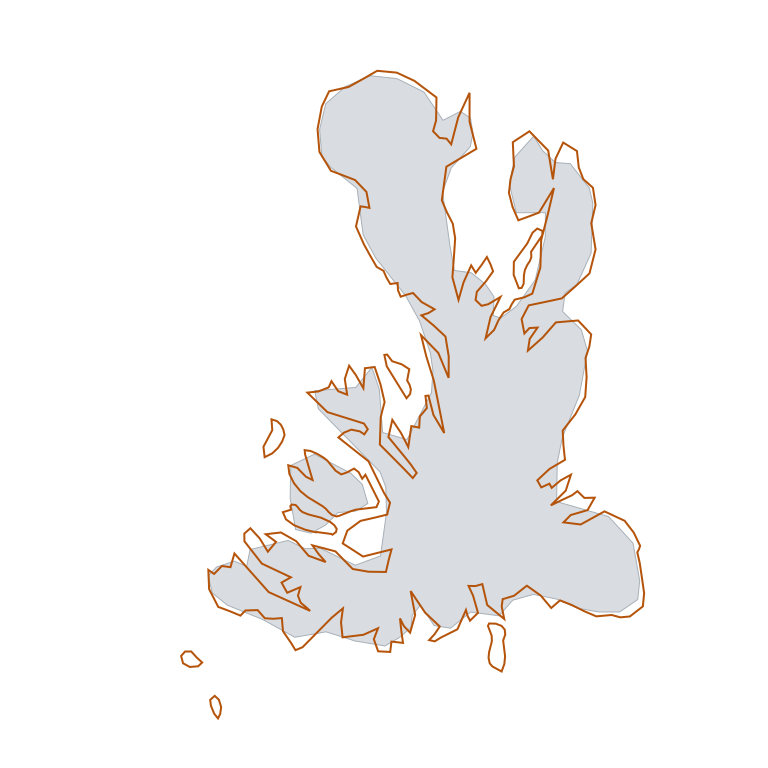 French Southern and Antarctic Lands, with Archipel des Kerguelen highlighted, rotated 263°
{"feature_id": "ATF-5916", "entity_name": "Archipel des Kerguelen", "entity_type": "state/province", "adm_level": 1, "iso_a3": "ATF", "parent_name": "French Southern and Antarctic Lands", "parent_adm1": "", "projection": "equal_earth", "projection_center": [69.4, -49.144], "detail": "fine", "context": "in_parent", "style": "outline", "palette": "amber", "viewbox_px": 768, "rotation_deg": 263, "n_neighbors": 0, "source": "natural_earth", "source_scale": "10m", "svg_char_len": 6822}
<svg xmlns="http://www.w3.org/2000/svg" viewBox="0 0 768 768"><g transform="rotate(263 384 384)"><path d="M256.0,370.8L281.6,373.2L297.2,369.4L367.4,315.8L385.8,314.4L384.0,355.5L402.0,374.0L379.2,378.7L336.0,376.7L326.0,400.1L369.7,430.1L391.4,434.2L409.1,433.8L442.2,427.0L468.8,416.3L510.0,391.2L534.7,381.5L581.4,381.1L605.9,357.3L617.2,350.1L644.5,351.1L669.3,360.4L683.9,381.9L691.6,408.1L685.5,434.1L668.8,459.3L638.5,474.7L645.3,493.0L637.2,502.3L622.0,502.8L609.1,498.6L590.3,477.1L567.5,465.5L512.7,466.3L488.1,467.7L483.7,484.2L470.7,496.9L457.1,503.8L438.6,500.8L435.2,507.8L445.0,525.0L468.9,546.8L510.2,562.0L534.4,565.1L537.9,536.2L567.2,532.8L593.1,541.4L611.8,562.8L596.4,569.7L582.9,581.1L580.0,595.7L553.6,611.6L538.1,613.3L488.7,605.5L459.3,587.6L452.3,574.9L434.2,570.1L413.7,586.5L391.8,590.0L349.0,576.5L309.5,554.6L284.7,546.3L246.2,541.0L225.0,590.8L195.6,611.8L157.6,613.8L139.2,609.6L129.0,590.1L131.6,569.3L137.7,549.3L149.6,528.9L157.0,506.5L153.7,485.4L139.9,469.9L147.1,442.1L133.5,420.3L138.1,404.3L160.2,393.3L150.8,383.7L139.0,381.1L130.5,368.4L123.9,353.0L132.4,324.1L145.1,296.2L143.5,264.6L165.1,234.8L183.6,201.5L197.6,188.1L215.1,186.2L222.7,195.5L226.5,213.7L219.7,225.5L236.0,230.9L240.4,269.7L230.2,285.5L228.7,300.8L207.6,333.4L213.8,359.6L256.0,370.8ZM287.0,350.2L267.4,353.4L261.3,340.2L262.0,322.7L251.1,308.8L244.9,293.3L250.3,278.6L281.9,276.9L314.5,281.6L322.8,306.4L299.4,340.2L287.0,350.2Z" fill="#d9dde1" stroke="#a8b0b8" stroke-width="1"/><path d="M689.5,400.7L695.7,415.4L691.5,434.6L681.2,451.1L662.0,471.0L639.2,467.8L628.9,463.5L621.5,469.1L619.9,476.0L613.7,479.9L639.7,490.2L662.6,504.4L633.9,500.9L606.2,504.4L592.1,472.4L559.3,463.8L547.0,467.3L534.7,471.8L520.0,472.4L505.3,469.6L481.6,464.9L458.4,468.2L475.1,475.3L491.1,485.0L487.1,486.8L483.2,488.6L490.2,495.3L497.5,501.6L489.8,504.3L482.5,506.0L473.2,497.4L464.2,487.4L456.2,485.1L449.7,490.4L450.5,497.2L456.2,510.2L437.4,497.9L417.0,490.4L424.2,499.8L433.6,505.6L440.5,511.5L443.0,517.5L447.6,520.5L451.8,524.0L452.9,533.6L455.6,542.2L480.6,553.4L507.5,557.5L532.5,567.3L557.8,576.6L535.2,558.7L530.1,537.3L544.0,533.2L558.5,531.3L571.7,534.5L584.3,539.5L608.3,541.3L617.1,559.1L595.7,575.4L566.6,576.6L586.7,581.7L601.8,591.3L591.7,603.9L575.2,603.7L563.0,606.8L553.3,615.3L535.8,615.8L518.3,609.3L491.8,610.4L468.7,601.4L457.6,585.9L447.3,570.9L445.8,553.9L444.4,537.2L431.7,528.5L417.0,529.5L421.8,535.2L421.3,543.3L411.0,534.1L399.6,530.9L410.7,547.0L424.2,562.1L423.4,584.4L408.0,595.7L396.2,592.4L385.3,587.2L365.9,585.9L346.5,582.1L330.4,570.1L316.0,555.7L300.9,554.6L286.7,554.4L279.5,537.9L269.7,524.4L262.2,527.5L264.9,536.0L262.7,536.9L260.5,537.8L266.8,547.5L271.2,558.5L256.0,551.4L243.2,534.8L247.0,545.9L250.7,557.2L254.1,562.9L246.5,569.0L245.5,579.2L234.0,570.7L231.2,553.4L224.8,545.3L220.6,562.1L230.7,587.3L218.9,606.2L206.0,613.8L192.2,618.5L188.7,616.8L186.1,614.9L181.1,615.4L175.2,616.0L159.8,616.4L144.6,616.7L131.7,613.8L123.3,599.7L123.6,590.1L127.0,581.8L127.5,566.4L134.0,555.2L141.9,543.2L147.8,532.3L141.3,522.7L154.9,513.8L166.4,501.2L158.0,487.3L156.0,475.6L148.9,473.7L136.1,474.7L152.1,459.5L173.4,457.2L172.3,450.2L173.3,443.3L163.1,446.6L145.4,449.4L138.6,440.5L144.1,438.6L149.7,437.8L131.6,427.0L125.5,409.8L122.4,403.0L124.3,397.6L129.3,403.5L136.5,409.8L152.1,396.9L175.3,385.2L151.0,386.8L134.0,379.6L141.3,374.2L149.4,371.3L137.0,371.1L124.7,371.3L126.1,365.6L127.4,360.0L117.3,357.5L119.4,345.6L131.9,342.8L142.3,348.3L137.6,333.0L137.6,312.0L152.7,312.3L166.3,315.9L158.5,303.7L149.4,292.2L140.6,281.1L132.7,271.1L130.6,263.7L138.1,260.3L151.0,253.6L164.1,254.1L164.5,245.3L166.0,237.2L175.0,231.0L176.1,218.8L171.6,213.3L177.2,203.4L183.0,192.3L201.8,185.4L220.9,187.0L216.2,192.2L223.1,200.9L220.9,209.3L234.0,214.9L191.5,244.2L167.8,283.1L172.5,279.0L177.0,274.7L184.4,272.8L192.6,276.3L188.6,262.5L199.4,258.1L203.5,268.0L220.6,240.9L244.9,226.3L252.5,227.1L257.1,233.8L245.9,241.8L231.7,248.3L240.5,257.6L249.3,248.3L249.2,263.6L238.7,277.7L222.7,288.2L214.4,304.4L223.3,298.3L232.6,293.3L223.8,315.4L204.2,330.4L199.6,345.6L197.2,363.0L208.2,367.0L218.9,371.3L215.3,342.2L230.8,323.6L242.9,329.7L251.0,344.0L252.5,358.6L254.0,371.2L265.5,375.5L275.7,370.8L309.2,359.2L336.5,332.2L340.6,338.4L342.7,346.0L339.9,354.3L336.4,358.3L341.1,362.4L347.2,359.3L363.0,324.4L384.8,306.9L384.6,318.0L387.4,328.7L393.2,332.2L382.4,337.7L377.9,346.1L393.8,345.7L406.4,351.6L396.4,357.1L382.3,363.0L402.0,367.0L402.0,376.8L383.9,380.5L366.0,382.4L358.8,379.5L351.4,376.7L324.4,372.5L305.3,387.3L296.5,394.1L287.1,401.1L291.7,405.6L300.3,401.1L309.1,395.7L330.8,381.9L347.4,387.9L333.1,395.0L318.4,400.4L338.9,406.0L336.4,413.6L347.4,415.6L354.9,423.6L367.1,423.7L367.1,425.3L367.1,426.7L347.3,429.3L328.0,437.8L355.0,435.8L381.9,433.8L405.9,429.4L428.0,426.7L408.2,441.7L382.2,448.9L403.5,451.6L423.6,450.8L435.9,440.5L447.6,429.5L449.0,436.8L452.0,443.3L460.8,431.3L470.8,423.9L469.8,416.9L468.6,411.2L475.4,409.3L482.6,409.8L482.5,402.4L489.1,399.5L496.4,397.3L501.1,391.0L512.9,386.0L525.3,381.0L543.8,375.4L563.2,382.4L562.0,386.8L560.6,391.0L576.8,390.0L590.0,380.1L602.1,357.3L622.2,348.2L645.1,349.1L667.0,356.1L681.2,365.2L683.2,385.2L689.5,400.7ZM258.3,320.8L260.4,316.4L263.6,313.5L267.2,311.1L270.1,308.3L281.1,294.4L287.8,288.0L296.6,282.5L306.3,279.1L315.0,279.1L311.3,287.7L301.4,295.3L297.4,301.4L323.7,297.1L328.0,297.2L326.4,303.1L322.6,309.5L318.3,315.0L315.0,318.3L303.8,325.4L299.5,330.5L300.7,336.3L303.7,344.0L299.6,348.1L292.6,350.8L296.2,354.5L268.0,364.6L262.7,361.5L262.7,340.5L261.7,335.2L258.7,323.7L258.3,320.8ZM269.1,268.0L270.6,276.5L274.1,276.1L275.6,277.7L274.7,281.5L272.4,283.3L269.6,284.9L266.8,287.5L263.7,293.2L259.0,305.2L253.7,313.7L250.0,317.4L246.0,319.4L242.9,318.3L240.7,314.5L241.6,313.3L245.3,299.1L245.0,298.6L248.9,288.2L254.6,277.8L261.6,270.2L269.1,268.0ZM132.5,465.7L129.6,471.2L125.5,473.9L120.5,473.8L114.9,471.0L98.9,471.0L91.4,469.3L84.3,465.7L90.4,457.2L93.8,454.9L99.4,454.4L105.0,455.6L115.5,459.7L121.1,460.2L131.2,457.7L133.5,459.1L132.5,465.7ZM497.3,546.1L491.9,545.7L488.2,543.7L484.7,540.7L480.1,537.8L475.1,536.2L466.4,534.8L462.6,532.3L462.6,529.5L476.5,526.0L489.5,527.8L506.0,543.3L516.0,549.8L519.6,555.0L516.7,559.9L512.3,559.2L497.3,546.1ZM384.7,407.4L380.0,409.3L375.3,410.0L370.9,408.7L367.1,404.6L401.2,388.9L412.8,387.9L412.8,390.7L405.6,394.9L401.3,404.1L395.6,410.9L384.7,407.4ZM345.5,279.1L339.3,275.9L333.5,271.0L328.8,264.7L325.9,256.6L336.4,256.7L351.8,267.5L362.6,268.0L360.2,273.3L356.1,276.7L351.1,278.5L345.5,279.1ZM135.6,164.6L129.7,169.6L126.5,165.1L126.8,156.8L131.3,150.5L138.8,149.5L142.7,153.9L142.0,160.1L135.6,164.6ZM91.7,173.0L95.1,178.0L90.8,181.6L83.2,183.0L76.5,181.2L72.3,178.5L77.4,175.3L85.8,173.0L91.7,173.0Z" fill="none" stroke="#b45309" stroke-width="2"/></g></svg>